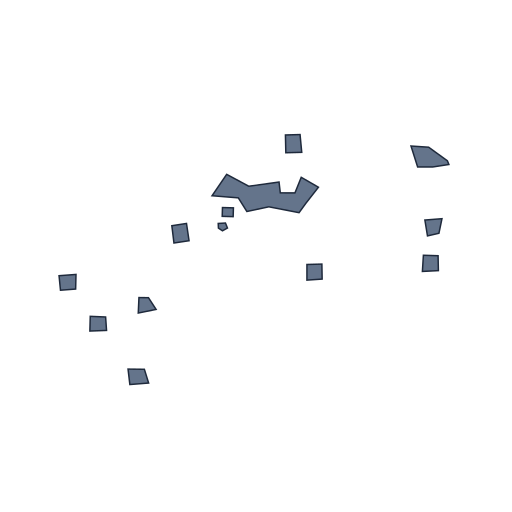 the district of Bahariya Oasis, Al Jizah, Egypt, rotated 23°
{"feature_id": "37247803B96885043093668", "entity_name": "Bahariya Oasis", "entity_type": "district", "adm_level": 2, "iso_a3": "EGY", "parent_name": "Egypt", "parent_adm1": "Al Jizah", "projection": "mercator", "projection_center": [28.831, 28.341], "detail": "fine", "context": "isolated", "style": "filled", "palette": "slate", "viewbox_px": 512, "rotation_deg": 23, "n_neighbors": 0, "source": "geoboundaries", "source_scale": "gbopen_adm2", "svg_char_len": 1099}
<svg xmlns="http://www.w3.org/2000/svg" viewBox="0 0 512 512"><g transform="rotate(23 256 256)"><path d="M281.3,188.0L286.6,168.3L266.9,165.9L267.2,182.7L253.7,188.4L248.3,178.9L222.1,194.6L197.1,192.3L192.0,217.7L217.0,209.4L230.2,218.6L248.6,205.7L278.7,199.3L281.3,188.0ZM383.9,105.0L397.8,96.4L395.0,93.6L372.4,88.4L355.7,94.2L370.0,110.9L383.9,105.0ZM257.6,142.7L249.1,127.0L235.8,133.1L243.1,149.3L257.6,142.7ZM188.4,268.1L179.3,253.2L166.7,261.0L175.4,276.1L188.4,268.1ZM206.8,414.9L197.5,403.9L182.4,410.1L190.1,423.6L206.8,414.9ZM429.6,198.2L423.5,184.6L409.8,189.9L415.2,205.2L429.6,198.2ZM102.9,356.9L97.5,343.3L82.4,351.1L89.4,363.9L102.9,356.9ZM325.9,251.4L319.8,237.7L306.2,243.9L312.3,258.3L325.9,251.4ZM147.5,382.9L141.4,370.9L127.0,376.3L132.4,390.0L147.5,382.9ZM415.5,163.6L412.6,149.0L397.4,156.9L406.0,170.5L415.5,163.6ZM184.9,344.2L173.3,336.4L164.5,340.0L169.9,354.5L184.9,344.2ZM219.6,228.7L216.4,220.5L206.2,224.5L209.4,232.7L219.6,228.7ZM218.8,241.4L215.0,237.6L208.5,240.8L210.5,245.0L215.3,245.9L218.8,241.4Z" fill="#64748b" stroke="#1e293b" stroke-width="1.5"/></g></svg>